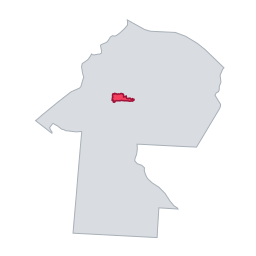 Purulhá, Baja Verapaz, Guatemala shown in context, rotated 183°
{"feature_id": "79465075B41794626766416", "entity_name": "Purulhá", "entity_type": "district", "adm_level": 2, "iso_a3": "GTM", "parent_name": "Guatemala", "parent_adm1": "Baja Verapaz", "projection": "robinson", "projection_center": [-89.998, 15.218], "detail": "fine", "context": "in_parent", "style": "filled", "palette": "rose", "viewbox_px": 256, "rotation_deg": 183, "n_neighbors": 0, "source": "geoboundaries", "source_scale": "gbopen_adm2", "svg_char_len": 4198}
<svg xmlns="http://www.w3.org/2000/svg" viewBox="0 0 256 256"><g transform="rotate(183 128 128)"><path d="M35.3,193.1L36.5,191.8L37.6,188.7L38.8,185.4L38.1,181.7L37.6,178.7L39.0,174.3L38.9,171.0L39.6,169.0L41.7,167.7L42.8,165.2L36.8,156.5L36.8,154.5L37.6,152.1L42.5,142.9L48.3,131.9L54.7,119.8L58.6,112.5L72.6,112.4L81.8,112.4L93.5,112.4L106.3,112.4L114.7,112.4L118.1,112.3L117.6,107.6L118.0,102.3L119.5,97.6L119.5,95.5L117.0,92.9L112.2,91.4L109.5,89.1L109.5,86.3L108.3,82.8L106.0,78.7L101.1,74.5L93.8,70.3L87.5,64.5L82.3,57.3L78.0,52.7L74.6,50.8L73.8,49.7L83.7,49.8L93.0,49.9L93.1,39.6L93.2,30.4L93.2,20.1L110.1,20.1L130.3,20.1L151.3,20.1L167.7,20.1L177.4,20.1L177.0,33.0L176.5,47.9L176.1,58.8L175.7,73.4L175.2,88.3L174.5,108.6L174.0,121.8L174.2,122.1L179.8,121.4L187.9,122.0L189.9,122.0L192.4,123.1L194.3,123.4L198.5,126.4L203.3,128.7L206.4,124.1L204.8,121.4L203.6,120.0L203.8,118.8L220.7,130.5L218.7,132.3L214.4,136.5L206.6,143.6L199.6,150.0L192.9,155.8L186.9,161.0L186.1,161.5L178.5,165.3L177.2,167.0L175.5,174.3L174.8,176.2L176.2,180.3L177.6,186.6L177.1,189.9L171.8,194.0L169.4,197.6L168.3,200.0L167.4,199.4L165.7,199.2L161.9,200.1L160.1,200.3L158.5,201.4L158.4,203.6L159.4,207.3L159.8,209.2L158.7,210.1L154.0,212.3L152.2,214.5L150.4,217.9L148.4,219.3L146.2,219.1L144.7,219.6L141.5,222.1L136.6,227.1L133.9,230.7L133.9,233.5L134.4,235.9L116.6,227.2L110.7,225.8L85.7,225.9L75.0,222.5L62.8,215.9L54.6,209.9L35.3,193.1Z" fill="#d9dde1" stroke="#a8b0b8" stroke-width="1"/><path d="M145.7,160.6L145.4,160.4L145.2,160.3L145.1,160.2L145.1,159.9L145.1,159.6L145.1,159.4L145.1,159.2L145.0,158.9L144.9,158.8L144.9,158.7L145.0,158.6L145.0,158.4L145.0,158.2L145.1,157.9L145.1,157.7L144.9,157.6L145.0,157.5L145.0,157.4L145.1,157.2L145.2,156.9L145.2,156.7L145.2,156.4L145.2,156.2L145.2,155.9L145.2,155.7L145.3,155.6L145.3,155.4L145.3,155.2L145.2,155.2L145.3,155.1L145.3,154.9L145.2,154.8L145.2,154.7L144.9,154.5L144.7,154.5L144.3,154.5L144.2,154.5L143.9,154.5L143.7,154.5L143.7,154.4L143.6,154.0L143.6,153.9L143.8,153.9L143.8,153.7L143.7,153.5L143.8,153.4L144.0,153.3L144.0,153.2L143.9,153.1L143.7,153.0L143.4,153.1L143.2,153.1L142.9,153.1L142.7,153.1L142.5,153.5L142.0,154.1L141.8,154.3L141.5,154.5L141.2,154.7L140.9,154.6L140.5,154.6L140.2,154.6L139.7,154.7L139.3,154.7L138.8,154.8L138.1,154.7L137.8,154.7L137.6,154.8L137.4,154.8L136.9,154.9L136.8,155.0L136.6,155.1L136.3,155.2L135.9,155.2L135.2,155.2L134.9,155.1L134.7,155.1L134.2,155.1L133.6,155.1L133.4,155.0L132.8,155.0L132.7,155.1L131.5,155.1L130.5,155.1L130.1,155.1L129.5,155.1L128.6,155.0L127.8,154.8L127.4,154.8L127.2,154.9L126.7,155.0L126.4,155.2L126.2,155.2L125.8,155.1L125.5,155.1L125.1,155.1L124.9,155.1L124.7,155.1L124.6,155.3L124.6,155.5L124.3,155.7L124.1,155.8L123.8,155.9L123.6,156.0L123.6,156.3L123.5,156.8L123.8,156.8L124.0,156.9L124.0,157.0L124.3,157.1L124.5,157.3L124.8,157.5L125.0,157.6L125.3,157.4L125.5,157.2L125.5,156.9L125.8,156.8L126.0,156.8L126.3,156.9L126.5,156.9L126.7,157.0L126.8,157.2L126.9,157.5L127.0,157.7L127.1,157.8L127.5,157.8L127.8,157.8L128.0,157.8L128.3,157.9L128.6,157.9L128.9,157.5L129.0,157.3L129.3,157.3L129.6,157.3L129.8,157.3L130.5,157.4L130.8,157.5L130.9,157.8L131.0,158.1L131.0,158.3L131.1,158.6L131.2,158.8L131.3,159.1L131.3,159.3L131.4,159.5L131.5,159.8L131.9,159.6L132.0,159.5L132.1,159.4L132.2,159.2L132.3,159.1L132.5,159.2L132.7,159.3L132.8,159.3L133.0,159.2L133.4,159.0L133.8,158.7L134.0,158.7L134.0,158.8L134.1,159.0L134.0,159.3L134.0,159.7L134.1,159.9L134.1,160.1L134.2,160.3L134.2,160.8L134.3,160.9L134.3,161.0L134.6,161.1L134.7,161.5L134.8,161.8L135.0,161.9L135.3,161.8L135.3,161.7L135.6,161.8L135.8,161.9L136.1,162.0L136.4,162.1L136.7,162.1L136.9,162.1L137.0,162.0L137.3,161.9L137.6,161.7L137.8,161.5L138.0,161.4L138.4,161.4L138.5,161.4L138.8,161.5L139.1,161.6L139.5,161.5L139.6,161.4L140.0,161.2L140.5,161.0L140.8,161.3L141.1,161.5L141.4,161.6L141.5,161.6L141.9,161.7L142.0,161.7L142.3,161.7L142.5,161.7L142.6,161.8L142.8,161.8L143.0,161.9L143.4,161.8L143.5,161.7L143.6,161.4L143.5,161.2L143.8,161.2L143.9,161.3L144.0,161.3L144.3,161.3L144.5,161.4L144.8,161.3L144.8,161.2L144.9,160.9L145.0,160.8L145.0,160.7L145.4,160.5L145.7,160.6Z" fill="#f43f5e" stroke="#9f1239" stroke-width="1.5"/></g></svg>